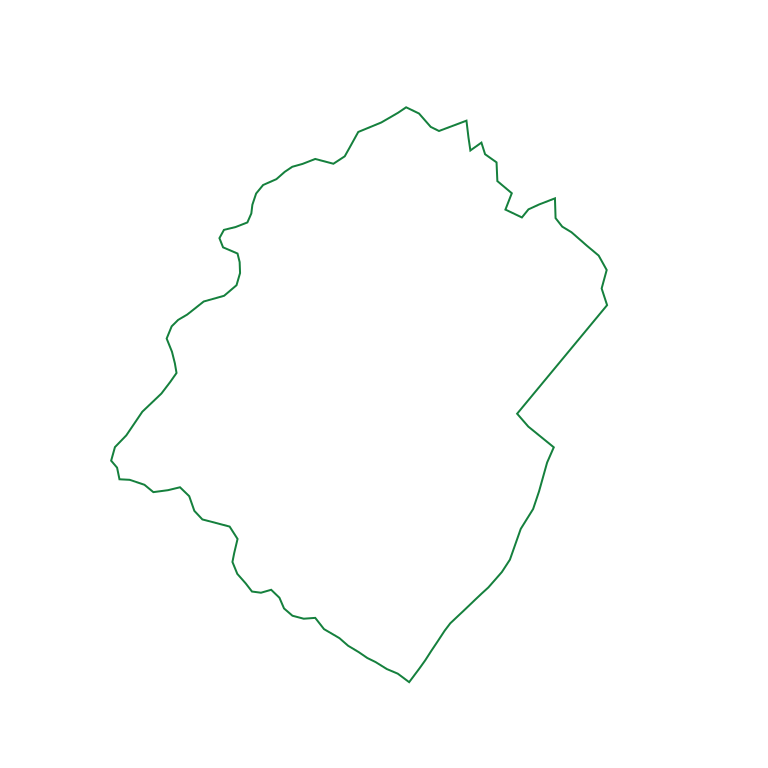 outline of Frei Miguelinho, Pernambuco, Brazil, rotated 134°
{"feature_id": "56859067B30384170983648", "entity_name": "Frei Miguelinho", "entity_type": "district", "adm_level": 2, "iso_a3": "BRA", "parent_name": "Brazil", "parent_adm1": "Pernambuco", "projection": "orthographic", "projection_center": [-35.879, -7.933], "detail": "fine", "context": "isolated", "style": "outline", "palette": "green", "viewbox_px": 768, "rotation_deg": 134, "n_neighbors": 0, "source": "geoboundaries", "source_scale": "gbopen_adm2", "svg_char_len": 1570}
<svg xmlns="http://www.w3.org/2000/svg" viewBox="0 0 768 768"><g transform="rotate(134 384 384)"><path d="M300.4,602.8L311.4,603.7L324.8,609.2L335.8,608.3L346.5,603.2L353.5,597.9L362.7,594.5L374.2,599.8L384.3,606.2L393.4,603.7L397.5,594.7L391.9,580.0L396.6,572.5L404.2,564.6L415.4,558.7L431.6,560.3L449.9,571.0L470.8,573.8L480.8,576.6L490.0,576.8L502.3,571.9L508.1,558.9L514.4,548.8L520.2,540.9L531.0,539.2L545.5,537.5L571.8,538.6L599.9,533.7L616.3,533.7L628.7,527.0L629.6,517.9L636.3,508.1L629.6,500.4L622.9,486.3L622.0,474.8L610.4,465.6L600.0,459.0L600.0,446.2L607.0,432.3L607.6,420.6L593.8,396.0L597.2,381.7L609.7,374.3L617.3,369.4L622.5,357.6L623.5,345.0L625.0,334.8L619.6,327.5L610.4,322.2L610.4,310.7L614.9,300.0L614.3,288.9L608.6,278.7L600.0,271.0L602.0,256.9L597.8,239.6L597.2,227.9L594.4,215.8L592.7,205.7L589.9,197.0L587.1,184.0L582.8,172.9L581.0,158.8L564.2,160.9L554.1,162.4L543.1,164.6L532.5,166.5L519.3,169.0L510.1,170.1L489.1,169.1L476.0,168.6L467.1,168.2L457.9,167.6L437.4,168.6L422.9,171.4L393.2,185.0L370.3,189.9L353.5,197.9L327.2,212.1L311.6,217.9L314.4,250.6L312.9,267.6L172.3,278.3L164.1,293.8L147.3,303.0L142.5,318.8L143.6,334.2L144.6,354.6L147.0,365.1L145.5,375.8L131.7,390.0L147.0,397.1L158.0,401.4L168.4,400.5L174.2,417.8L158.0,424.6L159.3,443.4L146.4,457.0L148.5,470.9L142.7,481.6L156.0,484.1L147.9,494.6L137.3,507.6L163.8,520.2L166.6,529.0L165.1,546.7L169.6,560.3L179.1,562.3L197.7,567.6L220.6,577.6L238.0,572.9L247.5,570.4L260.7,573.4L269.9,589.8L282.3,595.5L291.5,600.9L300.4,602.8Z" fill="none" stroke="#15803d" stroke-width="2"/></g></svg>